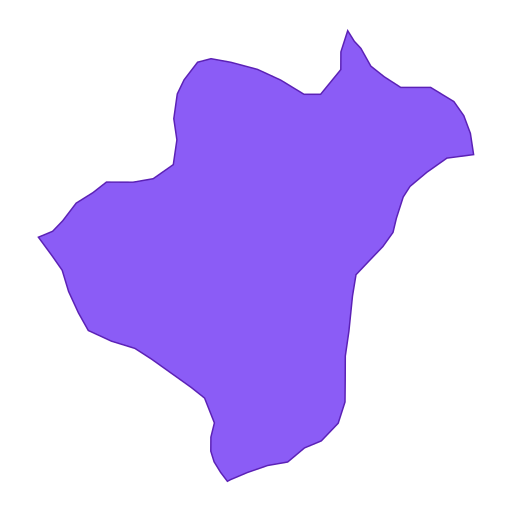 Hoeyang, Kangwŏn-do, North Korea (orthographic projection)
{"feature_id": "82179303B10482682881188", "entity_name": "Hoeyang", "entity_type": "district", "adm_level": 2, "iso_a3": "PRK", "parent_name": "North Korea", "parent_adm1": "Kangwŏn-do", "projection": "orthographic", "projection_center": [127.64, 38.756], "detail": "fine", "context": "isolated", "style": "filled", "palette": "violet", "viewbox_px": 512, "rotation_deg": 0, "n_neighbors": 0, "source": "geoboundaries", "source_scale": "gbopen_adm2", "svg_char_len": 978}
<svg xmlns="http://www.w3.org/2000/svg" viewBox="0 0 512 512"><path d="M176.9,96.6L173.8,118.7L176.9,139.9L173.3,164.6L153.2,178.7L133.1,182.2L106.4,182.1L93.0,192.6L76.2,203.1L62.7,220.8L52.6,231.3L38.4,237.2L52.3,256.1L62.2,270.3L68.6,291.5L78.4,312.8L88.3,330.5L111.5,341.2L134.9,348.4L151.5,359.1L171.4,373.3L191.3,387.5L204.6,398.1L214.4,422.9L210.9,437.1L210.8,451.2L214.1,461.8L220.7,472.5L227.4,481.3L230.6,479.6L247.4,472.5L267.6,465.5L287.7,462.0L304.5,447.9L321.3,440.9L338.2,423.2L345.0,402.0L345.2,380.8L345.3,356.1L348.9,331.3L352.5,296.0L356.0,274.7L369.4,260.6L382.9,246.5L393.0,232.4L396.4,218.2L403.2,197.0L410.0,186.4L426.8,172.3L446.9,158.1L473.6,154.6L470.4,133.4L463.8,115.7L453.9,101.6L430.6,87.4L400.7,87.4L384.1,76.7L370.8,66.1L360.9,48.4L354.3,41.3L347.7,30.7L340.9,51.9L340.8,69.6L320.6,94.3L304.0,94.3L280.7,80.1L257.5,69.4L230.9,62.3L211.0,58.7L197.6,62.2L184.1,79.8L177.3,93.9L176.9,96.6Z" fill="#8b5cf6" stroke="#5b21b6" stroke-width="1.5"/></svg>